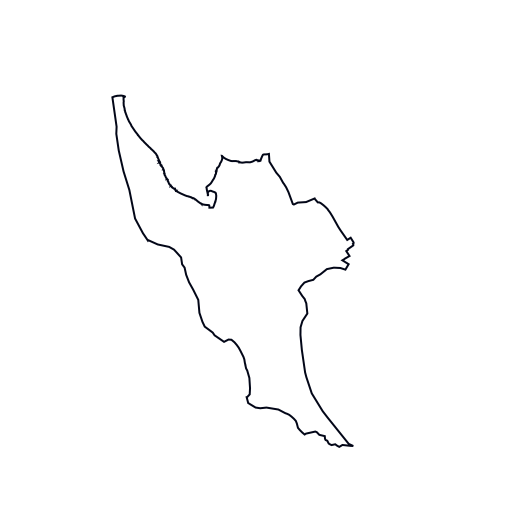 outline of Kotawaringin Barat, Kalimantan Tengah, Indonesia, rotated 146°
{"feature_id": "22746128B93777795819955", "entity_name": "Kotawaringin Barat", "entity_type": "district", "adm_level": 2, "iso_a3": "IDN", "parent_name": "Indonesia", "parent_adm1": "Kalimantan Tengah", "projection": "orthographic", "projection_center": [111.727, -2.548], "detail": "fine", "context": "isolated", "style": "outline", "palette": "ink", "viewbox_px": 512, "rotation_deg": 146, "n_neighbors": 0, "source": "geoboundaries", "source_scale": "gbopen_adm2", "svg_char_len": 5815}
<svg xmlns="http://www.w3.org/2000/svg" viewBox="0 0 512 512"><g transform="rotate(146 256 256)"><path d="M286.3,467.9L299.3,441.1L303.5,435.4L310.8,420.2L318.5,400.2L324.1,381.5L335.3,354.7L337.0,338.1L337.0,329.2L336.5,329.4L331.0,320.5L322.9,312.1L320.4,307.1L318.9,296.7L321.9,290.4L321.7,286.3L324.4,279.5L326.2,271.6L326.9,263.3L328.4,251.9L334.7,240.5L337.2,231.4L338.0,226.1L334.7,216.7L334.7,213.4L330.5,202.7L325.5,202.1L323.2,200.3L322.1,196.5L321.7,193.0L321.6,189.6L322.0,185.6L322.5,181.8L322.8,179.4L323.1,178.3L323.5,176.8L325.0,173.6L325.7,171.6L325.8,171.6L327.1,168.3L327.3,166.0L329.7,158.6L334.9,149.7L338.6,144.8L342.1,144.0L342.7,144.2L344.7,138.4L341.1,130.6L337.6,127.4L332.1,124.5L323.3,116.2L319.6,109.3L318.4,107.7L317.3,105.8L316.4,103.1L315.6,99.9L315.2,97.0L315.8,94.3L317.3,90.1L317.0,87.2L316.3,83.6L315.5,80.8L313.9,80.8L305.0,77.3L304.1,75.9L303.5,72.3L299.7,68.2L301.0,65.9L301.2,64.5L300.2,63.0L300.6,59.9L300.2,58.9L299.1,57.0L295.6,55.6L294.8,53.3L293.7,51.2L290.0,51.0L283.9,45.8L281.6,44.1L284.2,48.4L287.0,82.1L287.5,90.0L286.6,110.9L282.0,127.4L280.4,132.0L270.5,152.5L263.3,165.7L258.9,172.0L253.8,176.2L245.6,179.6L240.8,188.6L240.2,191.4L239.7,193.0L240.0,196.9L239.9,203.8L235.5,205.7L230.7,206.9L226.6,205.9L221.8,204.2L217.6,205.2L212.9,204.8L204.6,205.5L198.0,202.8L192.8,198.9L189.5,194.7L183.8,197.4L186.8,204.1L184.6,204.0L183.1,204.1L182.8,204.0L178.5,203.7L178.4,209.6L176.3,209.7L176.0,210.3L169.4,210.4L168.8,211.3L168.8,211.9L167.9,212.1L167.5,212.7L167.3,218.2L171.4,218.3L171.6,229.9L171.5,234.2L170.5,245.9L170.3,250.9L170.5,253.9L170.4,254.7L170.9,257.4L171.6,260.2L172.5,262.9L172.9,263.9L173.6,265.1L174.8,265.9L175.3,270.2L175.2,270.9L184.3,272.7L191.5,276.9L195.8,277.5L196.4,278.5L193.4,290.7L192.6,296.1L192.5,300.4L192.6,301.4L192.0,308.3L192.6,313.8L192.1,326.7L188.2,333.4L189.1,333.7L190.8,334.6L192.7,335.8L193.3,336.0L193.7,336.0L195.2,335.2L197.2,333.9L198.7,332.8L198.9,332.5L199.2,332.5L200.1,332.8L200.2,333.3L200.4,333.4L200.8,333.4L200.6,333.8L201.1,333.9L201.5,334.3L201.6,334.7L201.5,335.1L201.8,335.5L203.0,335.9L206.0,336.2L208.3,336.9L209.0,337.3L211.7,339.3L214.8,340.8L216.0,341.7L216.6,342.3L216.8,342.6L217.1,342.7L217.1,342.8L217.1,343.1L217.3,343.3L217.5,343.3L217.4,343.6L217.6,343.8L217.7,344.2L218.1,344.4L219.5,345.9L222.7,348.0L223.3,348.5L223.8,349.0L225.4,351.2L226.7,353.3L227.6,355.3L228.1,357.3L228.2,358.0L228.3,358.1L228.9,356.6L229.4,355.8L229.9,355.2L230.7,354.6L232.2,353.6L233.5,353.1L234.5,352.5L235.1,351.9L236.4,351.2L237.8,350.7L238.5,350.8L238.7,350.6L239.2,350.6L240.6,349.2L240.9,348.8L241.1,348.9L241.1,348.5L241.3,348.3L242.1,347.7L242.3,347.9L242.5,347.4L243.0,347.0L243.1,346.7L244.0,346.1L244.6,346.0L245.2,345.2L246.0,344.8L245.8,344.8L246.0,344.7L247.1,344.0L248.1,343.5L249.2,343.1L251.1,342.2L252.8,341.5L254.4,341.2L257.5,341.0L258.7,340.7L258.9,340.3L259.1,339.6L259.7,338.5L259.8,338.1L260.4,336.9L260.1,337.3L261.6,333.7L262.2,333.0L262.3,332.7L261.5,333.5L261.3,334.1L260.4,335.8L260.0,335.9L259.7,335.8L259.4,336.0L258.9,336.0L258.3,335.9L257.5,335.7L256.6,334.9L255.9,333.7L255.1,332.8L254.8,332.3L254.8,332.1L254.5,331.8L254.5,331.6L254.2,331.2L254.2,330.4L255.3,328.1L256.8,326.2L257.6,325.3L258.8,324.3L258.9,324.1L259.2,324.0L259.5,323.6L259.8,323.6L260.4,323.0L261.1,322.6L261.6,322.1L263.5,320.7L264.6,320.2L267.6,322.1L266.6,323.8L266.5,324.2L266.6,324.5L269.6,326.9L271.4,328.7L271.8,329.5L271.9,329.4L271.9,329.5L272.4,330.3L273.6,333.4L274.5,336.6L274.7,337.0L274.8,337.0L274.8,337.4L275.3,338.3L275.5,338.6L275.5,338.8L275.8,339.0L275.7,339.1L276.4,339.7L276.4,340.0L276.8,340.5L276.8,340.8L277.0,341.0L277.3,341.3L277.5,341.7L277.8,342.0L277.9,342.3L278.7,343.0L278.9,343.5L279.7,344.2L280.9,345.9L283.4,349.9L285.3,353.4L285.6,354.5L285.8,354.6L285.7,354.7L285.8,355.1L285.7,355.1L285.9,355.3L285.9,355.5L285.8,355.4L285.9,355.5L285.8,355.9L285.9,356.1L285.7,356.5L285.6,356.8L285.8,356.8L285.8,357.0L286.2,357.4L286.3,357.6L286.2,357.8L286.5,358.1L287.2,359.8L287.0,360.0L287.0,360.3L287.3,361.4L287.3,361.9L287.5,361.9L287.3,362.1L287.5,362.3L287.4,362.6L287.5,362.8L287.5,363.0L287.6,363.4L287.5,363.8L287.6,364.0L287.6,364.4L287.7,364.5L287.4,365.8L287.2,366.2L287.3,366.7L287.1,367.4L287.2,367.8L286.8,368.3L286.5,368.4L286.5,368.8L286.7,369.2L286.7,370.1L286.8,370.1L286.7,370.2L286.8,371.2L286.7,371.8L286.4,373.1L286.5,374.0L286.4,374.2L286.1,374.9L285.9,375.0L286.0,375.4L285.8,375.4L285.3,376.8L284.4,378.5L284.3,379.2L284.4,379.4L284.5,379.4L284.6,379.5L284.3,379.6L284.2,379.9L283.9,380.8L284.0,381.7L284.0,382.5L284.1,382.9L283.9,383.0L283.8,383.4L284.0,383.4L284.1,383.6L283.9,383.7L283.9,384.0L284.0,384.3L284.0,384.5L284.2,384.8L283.8,385.1L283.9,385.8L283.9,386.4L283.6,387.1L283.6,387.3L283.9,387.5L283.5,387.3L283.4,387.4L283.9,387.7L283.7,387.9L283.7,388.1L283.5,387.8L283.3,387.8L283.0,387.9L283.4,387.7L283.1,387.7L283.5,387.6L283.2,387.5L282.7,390.8L282.3,392.7L282.4,392.9L282.2,393.0L282.0,393.8L282.0,394.4L281.9,394.4L281.8,397.0L282.2,398.8L282.2,399.5L282.4,400.5L282.9,402.7L283.3,403.7L283.2,403.6L283.1,403.2L283.2,404.4L283.9,406.9L284.0,408.0L284.5,410.0L284.5,410.3L285.0,412.7L285.2,414.5L285.5,415.5L285.9,418.3L286.2,421.9L286.3,422.1L286.2,422.2L286.3,422.4L286.2,423.0L286.5,426.7L286.5,433.7L286.2,434.7L286.0,438.8L285.6,440.7L285.7,440.9L285.6,441.2L285.5,441.5L285.1,443.7L284.7,445.1L284.6,445.6L284.2,447.2L284.0,447.8L284.0,448.2L283.3,449.9L283.4,450.1L282.8,451.2L282.4,452.0L281.5,454.7L280.0,457.2L279.2,458.1L278.7,459.0L278.3,459.8L276.9,461.8L276.9,462.1L276.7,462.2L276.5,461.8L276.4,461.8L276.0,461.8L276.0,461.3L275.7,461.3L275.5,461.5L276.2,462.6L277.6,464.0L278.3,464.6L278.8,464.8L280.9,466.1L281.6,466.5L282.0,466.5L282.4,466.8L284.0,467.4L286.3,467.9Z" fill="none" stroke="#020617" stroke-width="2"/></g></svg>